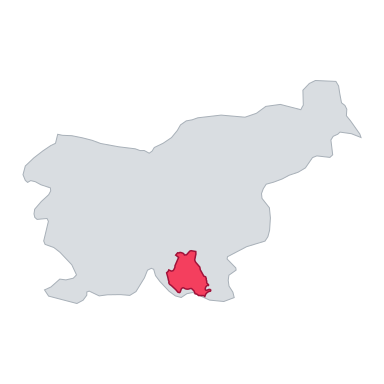 Kocevje on a map of Slovenia (Mercator projection)
{"feature_id": "SVN-207", "entity_name": "Kocevje", "entity_type": "Municipality", "adm_level": 1, "iso_a3": "SVN", "parent_name": "Slovenia", "parent_adm1": "", "projection": "mercator", "projection_center": [14.941, 45.623], "detail": "fine", "context": "in_parent", "style": "filled", "palette": "rose", "viewbox_px": 384, "rotation_deg": 0, "n_neighbors": 0, "source": "natural_earth", "source_scale": "10m", "svg_char_len": 2820}
<svg xmlns="http://www.w3.org/2000/svg" viewBox="0 0 384 384"><path d="M361.0,137.5L351.4,133.7L340.0,132.1L337.8,134.2L333.2,136.3L330.9,140.0L332.7,154.8L329.9,157.4L316.8,155.9L312.5,157.6L305.4,167.9L298.2,172.2L289.0,175.3L282.1,179.0L273.5,182.2L266.2,184.2L263.3,188.7L261.5,193.6L262.0,198.4L269.4,207.8L270.4,217.9L269.6,230.2L267.9,236.7L265.0,241.1L246.6,246.7L227.5,256.7L227.1,259.0L235.8,267.9L236.1,270.1L228.9,275.2L228.2,280.3L229.0,286.1L232.9,292.2L234.2,297.6L223.8,301.5L209.6,300.1L192.8,292.5L186.9,293.7L181.2,297.5L175.4,295.9L169.0,291.2L159.9,281.5L155.5,275.6L153.7,269.3L151.3,268.3L147.5,270.2L144.4,277.9L136.0,291.6L129.8,295.4L120.5,294.6L107.4,294.8L99.2,295.9L89.2,291.1L86.8,292.0L86.8,295.2L83.1,300.2L76.9,303.5L48.6,296.1L44.5,289.9L50.9,287.0L59.8,279.1L65.9,279.9L73.3,278.2L76.5,274.9L71.8,264.8L60.0,252.3L53.8,247.5L45.1,244.4L43.7,241.0L48.4,221.3L47.0,218.5L37.1,219.4L34.8,217.4L34.0,213.9L34.7,209.2L41.3,201.5L48.7,194.7L50.7,190.9L50.4,187.9L41.0,184.8L35.3,181.7L30.7,180.6L27.6,182.4L25.3,180.4L23.0,174.7L25.3,166.0L33.8,157.9L43.0,150.8L50.9,145.5L55.5,143.3L57.7,134.3L62.4,135.3L71.8,135.7L82.3,137.8L92.1,140.3L100.7,143.5L118.8,146.8L135.2,148.8L140.2,150.6L144.2,150.5L149.2,153.2L152.1,151.1L154.3,147.5L163.2,143.2L171.5,137.6L177.3,130.5L180.5,124.9L186.2,120.9L192.2,119.8L197.8,117.8L221.1,115.1L245.0,117.2L256.4,113.3L265.8,106.4L279.6,104.5L280.3,104.4L300.8,109.7L302.4,106.6L303.3,105.2L302.9,90.2L309.4,83.4L315.4,80.5L335.9,81.4L338.6,86.0L339.7,93.2L341.5,102.8L344.9,105.4L346.8,109.2L346.4,115.8L350.4,120.7L359.8,134.0L361.0,137.5Z" fill="#d9dde1" stroke="#a8b0b8" stroke-width="1"/><path d="M204.8,296.5L203.7,295.6L198.5,295.5L197.4,294.5L196.2,293.9L195.2,293.8L193.9,290.8L191.6,288.6L191.0,288.5L190.1,288.6L188.4,289.1L187.1,289.2L185.3,288.8L183.7,287.9L183.1,287.7L182.4,287.9L181.4,288.8L181.1,289.4L180.8,290.4L180.3,291.8L180.0,292.3L179.5,292.6L178.0,292.3L175.7,289.6L171.4,285.6L169.6,284.3L168.9,283.1L168.8,282.5L169.0,282.2L169.0,281.5L168.6,280.9L167.9,277.6L166.6,272.8L168.2,271.3L168.8,269.9L171.3,271.1L173.0,270.7L173.8,269.7L174.9,267.4L175.0,265.7L178.6,257.4L175.7,255.1L177.6,252.8L179.0,252.9L180.0,252.4L181.2,252.6L182.9,253.2L183.7,253.7L184.4,255.0L186.5,254.8L189.8,251.1L191.1,250.7L195.8,251.5L195.9,254.2L195.6,255.4L194.7,260.0L195.2,261.3L195.7,262.3L197.7,264.6L199.8,267.1L200.3,269.8L201.7,272.3L203.8,276.1L205.6,276.8L206.3,278.7L206.2,279.6L206.7,281.0L206.7,282.8L207.3,283.5L208.5,284.7L208.5,285.4L208.2,285.6L207.8,285.4L207.4,285.4L207.0,285.7L206.5,286.0L205.6,287.3L205.2,289.0L205.5,289.9L206.3,290.3L207.4,290.0L208.6,289.5L209.9,289.4L210.7,290.0L210.7,290.7L210.4,291.2L208.9,291.5L207.7,292.2L207.0,292.7L205.7,294.2L204.8,296.5Z" fill="#f43f5e" stroke="#9f1239" stroke-width="1.5"/></svg>